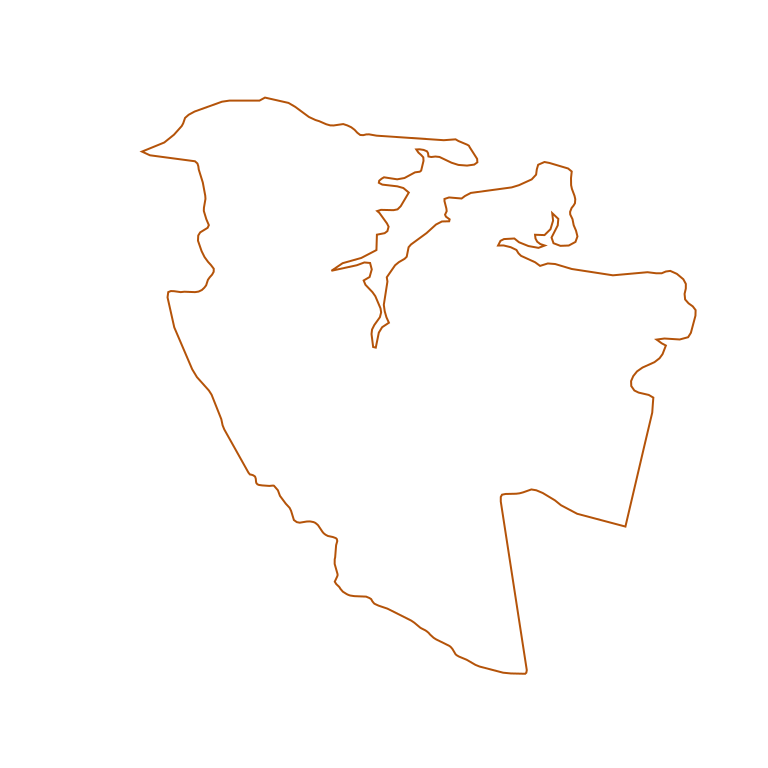 the Province of Estuaire, rotated 103°
{"feature_id": "GAB-2168", "entity_name": "Estuaire", "entity_type": "Province", "adm_level": 1, "iso_a3": "GAB", "parent_name": "Gabon", "parent_adm1": "", "projection": "natural_earth1", "projection_center": [9.925, 0.242], "detail": "fine", "context": "isolated", "style": "outline", "palette": "amber", "viewbox_px": 768, "rotation_deg": 103, "n_neighbors": 0, "source": "natural_earth", "source_scale": "10m", "svg_char_len": 4638}
<svg xmlns="http://www.w3.org/2000/svg" viewBox="0 0 768 768"><g transform="rotate(103 384 384)"><path d="M351.5,116.2L384.7,116.4L468.6,116.7L467.0,166.6L462.3,184.3L458.9,191.3L454.5,204.8L453.3,211.7L453.6,216.7L458.3,224.1L460.0,227.3L461.2,230.6L463.8,240.8L465.3,244.1L467.8,244.8L472.2,243.8L630.7,180.5L633.3,180.4L634.6,181.3L637.5,195.3L638.5,203.0L637.8,227.3L637.1,231.7L634.1,241.4L632.7,249.7L632.0,252.0L631.3,253.4L626.8,257.7L625.3,259.7L624.9,260.5L624.5,261.4L621.1,275.8L620.1,278.6L617.8,282.7L616.4,284.6L615.3,286.8L614.7,288.4L613.7,292.5L613.3,293.8L609.7,300.9L608.4,304.3L602.1,330.2L601.2,339.4L600.6,342.3L600.2,344.0L599.2,345.4L598.2,346.6L596.5,348.1L595.8,350.1L595.2,353.6L597.4,365.3L597.7,369.4L597.5,371.3L597.1,373.1L595.6,377.4L593.3,380.5L592.2,381.5L591.6,382.3L589.7,385.5L587.7,387.5L582.0,386.3L580.8,386.2L579.7,386.5L570.4,391.6L565.9,392.6L563.9,392.6L551.8,394.4L547.5,394.2L545.7,395.1L545.0,396.3L544.6,399.5L544.7,404.5L544.0,407.1L543.0,409.2L541.8,410.8L536.5,416.4L535.9,417.4L534.8,419.6L534.6,420.5L534.4,421.5L534.5,424.6L534.7,425.9L535.4,428.4L538.1,434.9L538.2,437.9L536.8,441.2L528.5,446.0L525.9,448.1L522.7,452.8L516.4,460.2L511.4,463.5L507.9,468.3L507.9,469.2L509.1,472.8L510.2,479.8L510.5,483.2L510.2,484.8L509.1,486.2L507.7,486.8L505.2,487.6L503.2,488.8L502.4,490.8L502.2,492.6L502.3,494.3L500.9,496.1L464.2,529.4L460.5,532.0L454.9,534.6L433.2,549.6L429.7,553.2L419.4,567.8L412.8,574.2L376.0,601.1L348.3,614.4L343.0,614.9L341.4,612.6L340.8,609.5L340.2,602.7L339.0,599.3L337.0,588.8L335.7,585.5L333.4,582.6L330.7,580.8L327.9,579.5L322.1,579.0L319.2,577.8L316.1,576.1L313.0,575.2L310.0,575.8L307.0,579.4L304.6,582.9L300.7,587.4L295.6,591.6L286.2,597.5L281.1,598.4L277.6,597.2L271.5,591.0L268.6,590.4L263.4,594.2L255.9,598.5L252.8,599.1L243.8,599.6L240.8,600.5L228.4,605.9L216.6,612.8L213.6,613.9L211.1,615.4L209.5,618.3L213.8,663.5L212.0,672.1L198.1,652.4L188.3,644.7L178.1,639.1L175.2,638.3L169.5,637.7L165.6,634.9L161.1,629.8L145.4,605.4L142.7,598.5L135.9,569.1L131.8,564.5L131.7,564.4L131.6,540.3L133.9,532.9L140.7,517.2L142.2,510.1L142.5,506.2L143.9,498.7L144.1,494.5L143.4,491.2L139.9,482.2L140.3,477.9L141.2,473.7L142.9,469.9L145.2,466.5L146.7,463.2L146.2,460.2L144.8,457.4L144.1,454.7L143.7,447.1L133.0,380.6L129.5,369.3L130.5,366.1L132.1,356.8L132.7,354.9L134.0,353.8L143.7,343.9L147.0,342.9L149.9,345.4L152.5,352.2L153.8,360.8L153.2,368.0L150.3,381.0L150.8,385.1L152.2,389.0L152.3,391.9L149.2,393.0L147.6,394.5L147.0,398.0L147.3,402.1L148.2,405.3L150.8,402.5L152.5,399.3L154.3,396.7L157.7,395.7L167.7,395.8L169.1,396.9L170.8,401.4L178.7,410.4L181.6,417.2L182.6,430.5L184.5,432.5L187.0,434.4L189.1,434.3L190.1,430.5L188.4,415.5L188.7,409.2L191.9,402.9L207.0,407.7L210.8,410.1L212.5,413.9L215.0,426.1L217.0,429.5L218.3,427.0L226.9,417.2L229.7,414.9L234.3,415.1L236.9,417.3L240.1,424.5L255.2,421.5L266.3,434.5L275.6,451.5L285.5,460.7L274.4,437.2L270.0,430.5L269.2,424.8L275.1,421.7L283.0,422.1L287.7,427.1L291.5,424.4L297.1,415.9L300.4,412.2L311.1,404.4L314.9,402.9L319.8,403.0L328.7,406.7L333.6,407.9L338.1,407.4L350.4,402.9L350.4,400.2L335.1,400.6L329.1,398.6L323.2,393.0L318.5,396.6L312.9,399.7L306.9,402.0L283.4,403.7L279.4,405.3L265.8,399.9L261.9,396.9L257.4,392.1L254.9,390.5L245.2,390.8L242.0,389.1L227.4,376.5L216.9,369.2L212.6,364.1L210.8,357.1L208.8,357.1L207.0,361.3L205.3,362.6L201.5,361.8L199.0,362.7L192.2,366.2L190.1,366.7L187.6,362.6L185.8,350.1L182.6,347.4L178.3,342.4L163.7,303.8L159.9,297.2L151.4,286.1L145.8,282.9L140.4,283.4L135.7,283.1L131.6,277.6L131.4,272.5L132.6,253.1L134.7,248.9L141.3,248.1L148.2,246.4L151.6,244.8L157.8,240.7L160.9,239.2L164.9,238.6L167.6,239.5L170.3,240.8L174.4,241.4L176.9,240.7L181.0,237.4L186.6,234.9L191.4,231.4L196.7,228.7L202.5,229.4L207.5,235.1L209.7,243.2L208.7,250.5L203.6,253.7L190.4,250.4L183.9,251.3L179.7,258.5L186.8,256.0L195.7,256.6L202.8,261.1L204.6,270.4L208.2,269.1L210.9,266.7L212.5,263.1L212.9,258.5L216.6,264.1L217.1,274.3L215.5,284.4L212.9,289.7L215.8,299.7L218.3,302.7L223.4,304.0L222.1,298.5L222.2,291.3L223.6,285.1L226.4,282.4L228.3,279.3L231.4,264.1L233.8,258.5L229.7,251.5L228.6,244.2L229.7,227.0L226.6,185.4L215.8,152.4L214.9,143.9L213.6,138.3L211.0,134.7L209.4,130.5L210.8,123.4L214.6,115.9L218.6,112.4L223.1,111.4L228.6,111.4L233.9,109.6L236.9,105.4L238.9,100.6L241.9,97.0L247.4,95.9L265.1,96.5L270.0,98.2L274.1,105.9L276.6,121.0L279.4,128.4L281.9,122.5L283.1,118.0L292.2,119.3L296.9,121.3L301.9,125.4L309.8,135.8L314.8,140.3L320.2,142.9L325.6,143.9L330.4,142.6L334.0,138.6L335.1,134.0L335.1,123.6L336.7,118.5L342.7,117.6L351.5,116.2Z" fill="none" stroke="#b45309" stroke-width="2"/></g></svg>